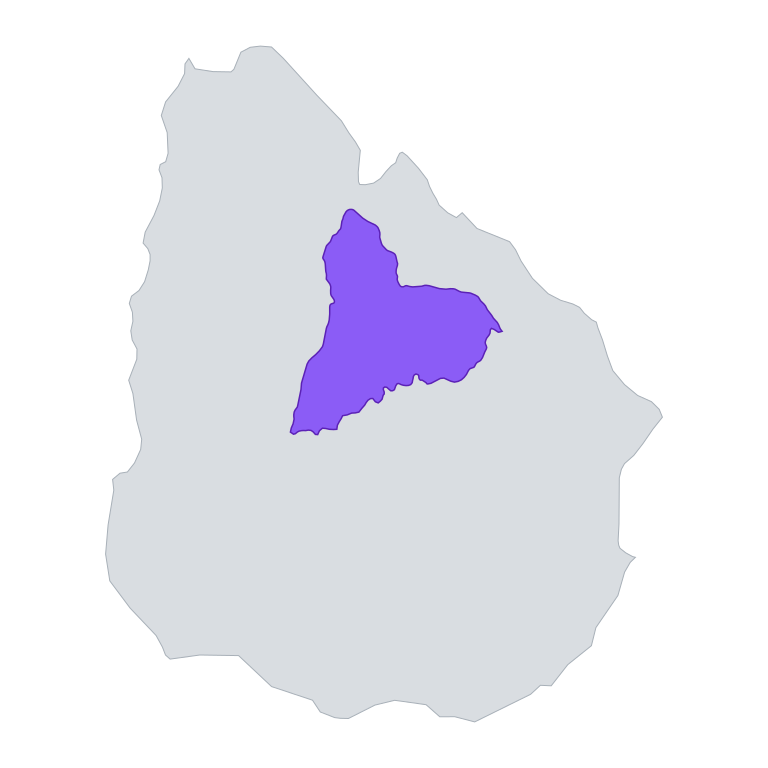 Tacuarembó on a map of Uruguay (Equal Earth projection)
{"feature_id": "URY-15", "entity_name": "Tacuarembó", "entity_type": "Department", "adm_level": 1, "iso_a3": "URY", "parent_name": "Uruguay", "parent_adm1": "", "projection": "equal_earth", "projection_center": [-55.77, -32.059], "detail": "fine", "context": "in_parent", "style": "filled", "palette": "violet", "viewbox_px": 768, "rotation_deg": 0, "n_neighbors": 0, "source": "natural_earth", "source_scale": "10m", "svg_char_len": 5280}
<svg xmlns="http://www.w3.org/2000/svg" viewBox="0 0 768 768"><path d="M635.4,557.3L630.2,562.4L624.6,572.1L617.9,595.5L595.9,627.6L591.4,645.7L567.8,664.6L551.2,685.8L540.4,685.3L530.6,694.3L474.7,721.9L454.7,716.7L439.8,716.8L426.1,704.7L394.6,700.3L374.9,705.1L348.4,718.5L340.4,718.3L334.7,717.6L320.3,712.0L312.5,700.2L271.6,686.6L238.6,655.6L199.8,655.0L170.1,659.1L165.5,655.0L162.4,647.0L156.1,635.5L130.2,608.2L109.8,580.9L105.6,554.1L108.1,524.9L113.8,490.2L112.6,479.4L120.0,473.2L127.4,472.0L134.5,463.0L140.7,449.4L141.7,439.2L136.6,420.1L132.9,393.5L128.7,380.2L136.8,359.2L137.0,349.0L132.2,340.0L130.8,330.8L132.9,321.3L132.4,312.2L129.3,303.4L131.5,296.2L139.0,290.5L144.6,281.7L148.3,269.8L150.1,260.8L150.1,254.5L147.8,248.6L143.1,243.1L145.2,232.1L154.0,215.5L159.7,200.9L162.3,188.0L162.0,177.7L159.0,169.8L160.2,164.5L165.7,161.7L168.1,153.3L167.2,132.6L161.3,115.5L165.6,101.9L178.1,86.3L184.6,73.6L185.0,63.9L188.9,58.4L195.0,68.8L212.9,71.6L231.0,71.9L233.9,69.3L240.9,52.2L250.2,47.3L260.3,46.1L271.5,47.0L283.3,58.3L316.8,95.2L341.4,120.8L348.9,132.9L355.4,141.9L360.3,150.3L358.2,172.2L358.5,181.7L359.7,184.5L365.3,184.7L373.6,183.1L380.5,178.5L386.0,171.5L391.3,165.8L395.7,162.7L397.2,158.1L399.7,153.3L402.3,152.2L407.1,155.8L418.5,168.3L427.3,179.8L429.5,186.4L432.9,193.3L436.5,199.3L439.1,205.1L447.7,212.8L456.4,217.6L462.2,212.7L477.0,228.5L509.6,241.7L515.5,249.7L521.1,261.1L532.4,278.3L548.1,293.7L560.7,300.3L572.9,304.0L579.6,307.4L584.3,313.3L591.6,319.7L596.3,322.1L597.9,327.8L602.6,340.2L607.4,356.0L612.8,370.6L624.5,384.6L637.7,395.5L651.5,401.7L659.2,409.3L662.4,417.2L653.0,429.0L642.8,443.8L633.8,455.4L624.5,463.6L621.4,469.2L619.3,477.8L619.0,523.7L618.1,540.7L618.7,545.2L620.0,548.3L625.7,552.8L632.6,556.6L635.4,557.3Z" fill="#d9dde1" stroke="#a8b0b8" stroke-width="1"/><path d="M301.5,383.1L307.1,364.1L308.8,361.0L311.9,357.8L315.8,354.5L319.4,350.8L322.5,346.6L323.3,344.1L326.3,328.6L326.8,326.9L328.0,324.4L328.5,323.0L329.2,320.1L329.7,314.1L329.7,313.1L329.7,307.1L329.9,305.7L330.3,304.7L330.7,304.3L331.3,303.9L332.4,303.5L333.3,303.3L333.7,303.1L334.1,302.7L334.4,302.0L334.4,301.0L334.2,300.2L333.8,299.3L331.3,295.7L331.0,294.9L330.7,293.8L330.6,290.5L330.8,287.4L330.7,286.5L330.3,285.1L329.8,283.9L326.3,279.1L326.5,275.3L326.3,273.3L325.9,271.9L325.7,270.4L325.3,264.4L325.1,262.8L324.7,261.4L324.1,260.2L323.3,259.1L323.0,258.5L322.8,257.8L323.1,256.4L326.2,246.5L326.7,245.5L330.2,241.8L330.7,240.9L332.4,236.6L333.0,235.7L333.8,235.2L335.7,234.4L336.3,234.1L336.9,233.5L337.6,232.6L338.6,231.0L339.9,229.5L340.4,229.1L340.8,228.1L341.1,226.7L341.9,221.3L342.9,218.9L343.5,216.3L346.0,211.8L347.4,210.4L349.1,209.6L349.9,209.4L351.9,209.4L353.4,209.9L354.0,210.3L362.7,218.1L367.7,221.4L375.4,225.1L377.1,226.6L377.7,227.3L378.1,227.9L379.2,230.5L379.6,231.9L379.8,232.6L379.9,234.3L379.7,237.0L379.8,237.8L381.4,243.3L381.6,243.8L382.0,244.7L382.3,245.3L382.8,245.9L386.3,249.7L387.1,250.3L387.8,250.7L391.3,252.0L393.3,253.0L394.3,253.7L395.0,254.4L395.6,255.6L396.0,257.0L397.0,261.6L397.4,262.9L397.6,263.7L397.5,264.5L397.4,265.4L396.5,268.4L396.2,270.0L396.1,271.9L396.1,272.7L396.3,273.5L396.5,274.1L397.1,275.3L397.4,276.0L397.5,276.7L397.2,279.2L397.3,280.0L397.7,281.4L398.7,283.5L399.8,285.4L400.6,286.3L401.5,286.7L402.2,286.8L403.0,286.8L403.6,286.7L405.4,285.8L406.1,285.7L406.8,285.7L409.7,286.5L412.7,286.9L421.9,286.2L424.5,285.4L426.1,285.3L429.1,285.7L439.4,288.6L446.0,289.2L450.3,288.7L453.6,288.8L455.2,289.2L459.2,291.3L461.4,292.1L469.5,292.9L470.8,293.2L475.3,295.1L477.7,296.5L478.2,297.0L478.6,297.5L480.6,300.8L481.1,301.3L483.9,304.0L485.5,306.0L487.3,309.7L491.7,315.4L493.4,318.2L497.3,322.5L498.6,324.8L499.9,328.1L500.6,329.4L502.1,331.3L499.8,332.0L498.3,332.2L494.1,329.4L491.5,328.4L490.3,329.8L490.0,333.1L489.1,335.0L486.7,338.1L485.8,340.1L485.4,341.5L485.2,342.8L485.6,344.4L486.3,345.9L486.7,347.5L486.3,349.0L484.8,351.9L482.5,357.6L480.8,360.2L479.8,361.0L477.5,362.2L476.5,363.0L475.5,364.5L474.8,366.0L473.9,367.3L470.1,368.6L468.5,370.4L466.4,374.5L464.1,377.4L461.4,379.8L458.1,381.4L454.4,382.1L450.8,381.2L444.0,378.1L440.4,378.4L431.0,383.3L427.7,384.0L426.9,383.8L426.5,383.3L426.0,382.6L422.3,380.2L421.6,380.1L420.9,380.2L420.3,380.1L419.5,379.3L419.1,378.5L418.9,377.8L418.7,375.5L417.8,374.6L416.0,374.0L414.3,374.9L413.4,376.4L413.1,378.4L412.6,380.4L412.2,382.7L410.7,384.6L408.6,385.4L406.2,385.6L403.5,385.3L401.1,384.6L398.8,383.5L397.2,383.7L395.8,385.7L394.4,389.7L392.7,390.7L390.8,390.8L389.1,389.4L386.8,387.3L384.8,387.0L383.5,387.8L383.3,389.4L384.2,392.0L384.2,394.0L383.2,395.2L382.7,396.9L382.1,399.2L380.4,401.1L378.2,402.9L375.4,401.8L372.8,398.5L370.5,398.6L368.0,400.2L366.2,402.5L364.7,405.1L361.8,408.4L358.9,412.1L355.3,412.9L351.6,413.1L347.2,414.9L342.6,415.7L341.2,418.6L339.3,421.6L337.4,425.2L336.8,429.3L333.4,429.5L329.4,429.3L325.8,428.5L322.4,428.2L319.5,430.7L318.8,432.1L317.7,434.6L315.4,434.4L313.1,431.8L311.0,430.4L308.3,430.1L305.6,430.6L303.8,430.5L301.7,430.6L299.2,431.1L297.4,432.0L295.4,433.7L293.5,434.2L290.4,432.1L291.3,428.0L293.1,423.8L294.1,419.1L293.8,416.3L293.8,414.6L294.2,412.0L295.2,409.9L297.3,407.1L297.8,405.1L301.0,389.5L301.5,383.1Z" fill="#8b5cf6" stroke="#5b21b6" stroke-width="1.5"/></svg>